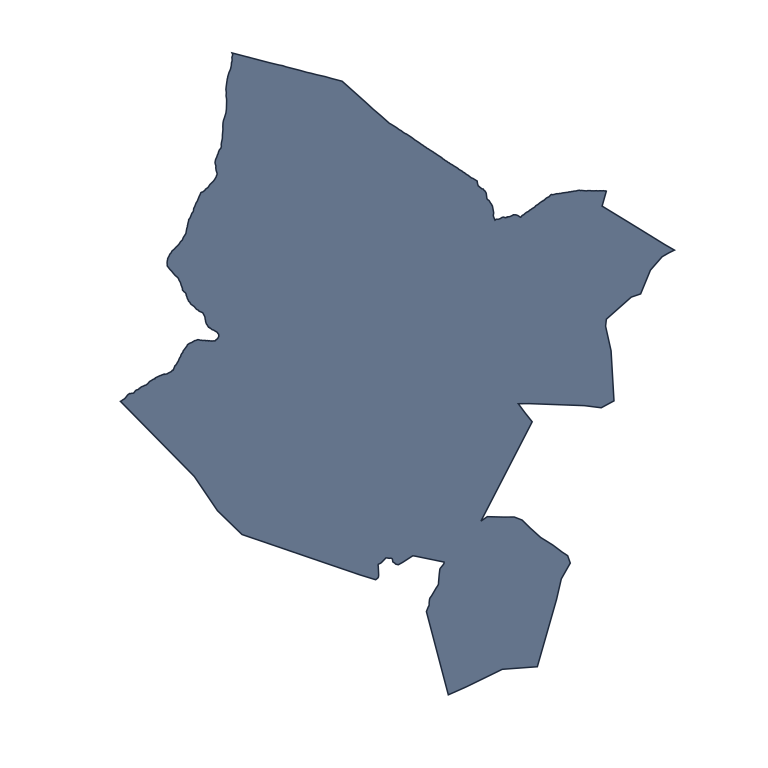 Ranerou, Matam, Senegal (Robinson projection), rotated 193°
{"feature_id": "50182788B34306626760019", "entity_name": "Ranerou", "entity_type": "district", "adm_level": 2, "iso_a3": "SEN", "parent_name": "Senegal", "parent_adm1": "Matam", "projection": "robinson", "projection_center": [-14.026, 15.106], "detail": "fine", "context": "isolated", "style": "filled", "palette": "slate", "viewbox_px": 768, "rotation_deg": 193, "n_neighbors": 0, "source": "geoboundaries", "source_scale": "gbopen_adm2", "svg_char_len": 6158}
<svg xmlns="http://www.w3.org/2000/svg" viewBox="0 0 768 768"><g transform="rotate(193 384 384)"><path d="M636.9,307.8L548.0,251.2L517.8,223.1L488.5,205.4L364.7,192.6L348.1,191.4L346.4,193.5L346.0,194.7L346.2,196.6L348.6,205.2L349.0,206.0L349.0,207.1L346.9,208.7L346.1,209.8L343.8,213.6L343.1,214.9L342.2,215.2L339.7,215.3L338.1,215.9L336.8,215.6L336.3,215.0L335.4,212.7L334.6,212.3L333.6,212.1L332.1,211.1L329.4,211.1L325.7,214.4L317.3,223.1L314.6,223.3L285.4,224.0L285.2,223.0L285.3,222.2L285.7,221.2L287.8,216.9L287.9,215.8L287.4,211.2L286.3,203.3L286.0,201.8L285.9,201.1L286.4,199.2L287.3,197.0L290.0,188.3L291.1,185.8L291.2,184.4L290.8,180.9L290.3,179.0L290.3,178.6L290.4,177.6L290.7,176.9L291.5,171.8L251.4,95.6L235.6,107.5L204.6,132.6L171.0,143.0L167.4,213.0L167.4,234.0L162.2,251.4L166.4,258.0L172.6,260.3L183.1,265.0L196.8,269.7L209.4,276.7L218.8,282.5L227.2,283.7L236.7,281.4L253.5,278.0L258.7,272.2L231.1,380.5L240.4,387.9L248.7,395.0L237.8,397.6L183.8,408.0L167.0,409.7L156.1,419.3L170.2,467.4L181.1,490.2L181.9,497.2L162.6,524.3L154.2,529.5L150.0,554.9L141.6,570.6L136.0,575.8L131.1,579.8L141.4,582.9L181.7,596.5L211.5,606.4L210.7,622.5L210.9,622.1L211.7,622.0L212.1,621.7L213.4,621.8L214.8,621.3L217.1,620.9L219.2,620.2L220.3,620.2L222.9,619.4L224.1,619.2L225.6,618.8L226.3,618.9L229.2,618.2L230.0,617.7L235.4,617.0L236.0,616.6L237.1,616.8L238.9,616.1L240.4,615.2L242.4,614.7L243.3,614.0L244.1,614.0L245.8,613.0L246.9,612.9L247.9,612.1L249.1,611.8L253.4,610.2L254.6,609.4L255.6,609.3L256.4,608.8L258.8,608.2L261.0,606.9L262.6,606.3L263.4,606.4L264.0,605.9L265.2,603.8L265.8,603.1L266.4,602.8L267.3,602.0L268.1,601.1L269.3,599.1L270.2,598.6L270.5,597.8L271.1,597.6L272.9,595.6L274.2,593.8L276.2,591.9L276.9,590.4L278.0,589.2L278.8,588.6L280.2,586.9L281.0,586.3L282.2,584.5L283.1,583.9L283.7,583.4L284.8,582.1L286.0,580.3L287.0,579.6L287.4,579.1L288.1,577.5L288.4,577.2L289.2,577.4L291.6,578.3L293.5,578.5L296.1,578.0L296.6,577.3L298.9,575.5L300.0,575.0L301.1,574.8L301.5,574.1L302.2,574.1L302.3,573.7L303.0,573.3L303.5,573.4L304.0,573.3L304.8,573.6L306.3,573.0L308.1,571.2L309.8,570.1L311.0,570.0L311.7,569.8L312.7,568.6L314.9,571.7L315.3,572.6L315.5,573.1L315.5,574.6L315.7,575.7L318.1,581.2L318.5,582.0L319.1,582.4L319.5,583.2L320.7,584.1L322.9,586.4L324.3,586.9L325.4,587.7L327.3,592.9L328.9,594.7L330.1,595.2L331.1,596.3L332.5,596.2L334.7,597.3L335.2,597.4L335.8,597.9L336.7,598.2L337.8,600.0L338.3,601.3L338.5,601.5L338.8,602.7L343.8,604.4L344.9,604.4L345.9,604.8L349.2,606.4L350.3,606.6L352.1,607.4L353.1,608.0L354.2,608.1L355.8,609.0L359.4,610.0L360.2,610.6L361.7,611.2L365.2,612.3L366.9,613.0L368.3,613.3L369.8,613.8L370.3,614.2L371.7,614.4L372.6,615.0L375.1,615.7L376.0,616.3L376.8,616.4L378.8,617.6L384.2,619.5L385.9,620.3L386.9,620.4L387.8,621.0L392.4,622.5L393.8,623.1L395.0,623.3L396.5,624.1L398.2,624.6L399.8,625.4L401.5,625.9L403.2,626.7L408.0,628.5L409.1,628.8L409.9,629.3L412.1,630.3L418.5,632.7L419.3,632.7L421.5,633.4L424.5,634.8L426.3,635.2L429.3,636.6L436.1,638.9L437.2,639.1L447.0,644.5L456.5,649.4L465.6,654.6L492.9,669.6L503.7,669.9L510.5,670.3L519.2,670.2L525.2,670.4L529.1,670.3L536.5,670.7L550.9,671.0L554.3,671.4L558.1,671.2L568.5,671.3L606.6,672.4L605.6,671.1L605.5,670.0L605.7,668.1L604.9,665.7L604.7,664.4L604.9,662.7L604.4,659.8L604.4,656.6L604.6,655.0L605.1,652.8L605.4,648.0L605.2,647.0L605.4,645.8L605.2,644.9L605.1,642.8L604.6,637.7L604.3,635.4L603.2,632.5L602.7,629.2L601.5,626.3L601.0,624.3L599.4,616.4L599.0,612.6L599.4,607.3L599.7,604.8L599.6,602.1L599.0,598.7L598.2,595.8L597.5,590.4L596.8,587.2L596.7,585.4L596.7,582.7L596.5,580.6L595.9,579.0L596.0,577.1L597.1,575.0L597.3,573.7L597.5,572.6L597.4,571.2L597.8,570.1L598.0,567.6L598.6,564.9L598.5,561.9L598.0,560.6L596.8,558.6L596.6,556.9L595.6,554.3L594.0,551.7L593.8,550.3L594.1,549.3L594.1,548.2L595.1,545.0L595.9,543.2L598.5,539.2L599.7,535.9L601.8,533.6L601.9,533.0L602.3,532.2L604.0,530.2L605.0,529.8L605.6,529.0L605.7,527.7L606.3,525.3L607.1,520.0L607.8,518.3L608.4,514.1L608.8,512.8L608.9,511.9L608.6,509.7L608.9,508.5L609.6,507.2L610.3,502.4L611.3,500.2L611.1,499.0L611.2,496.7L611.1,494.8L611.2,493.9L610.9,493.1L611.2,491.3L610.9,486.1L612.5,481.6L612.9,478.9L614.3,476.8L615.0,474.6L616.1,472.5L617.4,470.6L618.8,468.1L620.5,465.9L621.0,463.8L621.9,462.3L622.3,459.9L622.6,459.2L623.0,457.4L622.8,456.3L622.9,455.4L622.6,453.1L622.2,452.1L621.8,450.3L618.4,447.5L616.2,446.1L614.5,444.7L611.9,442.8L609.1,441.4L608.0,440.5L607.1,439.1L605.2,437.1L603.6,434.2L603.0,433.6L602.7,432.9L601.9,432.0L601.9,431.3L601.4,430.1L600.6,429.7L600.0,429.1L598.2,428.3L597.6,427.8L596.8,426.8L596.9,426.3L595.6,424.5L595.0,423.3L594.4,422.5L593.9,422.2L593.2,420.9L591.4,419.8L590.6,418.7L589.8,418.2L586.4,416.8L583.5,414.6L582.1,414.3L581.5,414.1L581.0,413.6L580.3,413.3L577.3,412.8L576.6,412.6L574.0,409.6L573.3,408.4L572.9,407.0L572.4,406.3L572.0,405.0L571.1,403.4L570.4,402.4L569.6,401.9L569.0,401.0L568.5,400.7L567.7,399.8L567.2,399.9L566.6,399.4L566.2,399.5L563.5,398.2L562.4,398.3L560.0,397.4L559.0,397.2L557.8,396.6L557.3,395.9L556.3,395.3L555.7,393.3L556.1,391.5L557.1,389.7L557.7,389.2L558.3,388.0L560.5,387.5L561.3,387.0L561.7,387.2L562.5,386.9L564.2,386.9L564.8,386.4L565.2,386.6L566.1,386.6L567.3,386.0L568.0,386.3L570.9,385.5L571.4,385.7L572.6,385.3L574.4,385.5L575.8,385.2L576.7,384.3L578.4,383.6L579.3,382.5L579.9,382.1L580.4,381.4L582.8,379.8L583.6,378.8L584.1,378.4L584.4,377.8L584.5,376.9L587.2,370.8L587.1,369.6L587.9,368.2L588.4,366.4L588.3,365.3L589.1,363.2L589.7,359.4L590.1,358.9L590.5,357.1L591.3,355.3L591.8,354.8L592.5,350.2L592.8,349.8L593.3,349.8L594.0,348.3L595.3,347.2L596.7,346.1L597.6,345.1L600.0,344.0L600.5,344.3L601.0,343.7L602.3,343.1L602.9,342.3L603.8,342.0L608.0,338.7L608.4,337.6L608.8,337.7L609.3,337.0L610.5,336.2L611.2,335.3L613.0,333.7L614.3,331.1L615.8,329.3L616.8,328.9L618.2,327.6L618.9,327.3L619.5,326.8L620.1,326.3L620.6,325.4L621.4,324.9L621.8,323.9L622.4,323.3L624.0,322.4L624.7,321.5L625.8,319.0L626.5,318.5L628.1,318.1L629.0,317.5L629.8,317.5L630.3,316.8L630.8,316.4L631.4,315.5L632.8,312.4L633.6,311.1L635.2,309.6L635.8,308.7L636.9,307.8Z" fill="#64748b" stroke="#1e293b" stroke-width="1.5"/></g></svg>